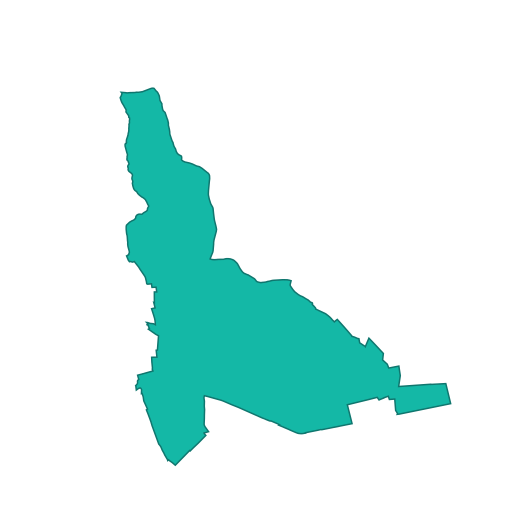 outline of Reci, Covasna, Romania, rotated 165°
{"feature_id": "2599482B11784451880113", "entity_name": "Reci", "entity_type": "district", "adm_level": 2, "iso_a3": "ROU", "parent_name": "Romania", "parent_adm1": "Covasna", "projection": "orthographic", "projection_center": [25.948, 45.804], "detail": "fine", "context": "isolated", "style": "filled", "palette": "teal", "viewbox_px": 512, "rotation_deg": 165, "n_neighbors": 0, "source": "geoboundaries", "source_scale": "gbopen_adm2", "svg_char_len": 6054}
<svg xmlns="http://www.w3.org/2000/svg" viewBox="0 0 512 512"><g transform="rotate(165 256 256)"><path d="M346.1,444.3L346.2,443.7L346.1,441.0L345.8,438.8L344.8,435.4L344.5,434.0L343.6,430.8L344.3,428.8L342.7,424.4L343.0,422.9L342.4,422.1L342.8,420.4L343.2,419.6L343.5,418.5L343.8,417.2L344.6,416.2L344.9,414.8L345.4,413.3L345.8,412.3L346.1,411.0L346.8,409.1L347.7,407.5L348.3,406.0L348.8,405.3L349.3,404.4L350.9,402.0L351.6,400.3L351.6,399.3L352.3,398.3L352.9,398.5L353.4,397.9L353.7,397.4L354.0,395.8L354.0,394.6L354.0,391.0L354.0,389.6L353.9,387.3L354.2,386.5L354.8,385.4L355.1,384.2L355.6,383.1L355.7,382.4L355.7,382.1L355.5,381.6L355.1,380.9L354.9,380.5L355.0,379.4L354.9,378.9L354.8,378.3L354.9,377.7L355.1,377.5L356.0,376.8L356.4,376.3L356.7,375.7L356.8,375.1L356.6,374.1L356.7,373.7L357.1,372.9L357.2,372.0L357.1,371.4L356.8,370.6L356.6,370.3L355.3,368.6L354.8,367.9L354.4,366.8L354.4,366.2L354.5,365.7L355.3,364.2L355.7,363.3L355.8,362.8L355.9,362.4L355.7,361.0L355.8,359.5L356.6,358.3L356.8,355.6L356.7,352.6L356.1,350.9L355.5,350.1L354.6,349.0L354.0,346.9L352.9,345.0L351.0,342.5L349.8,341.4L348.3,339.2L347.9,337.6L347.5,336.1L347.3,334.4L346.7,332.1L347.0,331.5L348.0,330.6L348.5,329.9L349.2,328.3L350.2,327.7L353.4,326.8L355.3,325.9L355.7,325.9L357.0,326.4L358.1,326.7L358.9,326.7L359.7,326.6L360.4,326.4L361.5,325.6L362.0,324.9L362.4,323.9L362.7,323.5L364.1,322.7L365.0,322.3L366.7,322.1L369.3,321.4L372.4,319.7L373.1,319.3L373.4,318.8L373.8,317.9L374.5,315.3L375.1,311.7L375.2,310.6L375.2,309.1L375.4,307.7L376.1,304.2L376.3,302.7L376.5,301.7L376.8,301.0L376.9,300.4L377.2,298.3L377.2,293.4L377.4,292.2L378.2,291.1L378.7,290.2L379.0,290.1L379.4,290.1L380.4,289.7L381.0,289.6L380.4,284.9L379.7,283.2L378.5,283.1L378.1,282.9L377.5,282.4L376.6,282.0L375.0,282.2L372.1,275.5L371.6,273.6L369.8,268.5L368.6,265.0L368.4,263.6L368.5,259.4L368.7,257.8L368.7,257.5L368.4,257.1L367.8,256.8L364.2,256.2L364.6,252.6L360.6,251.7L361.2,247.0L363.5,247.6L364.9,242.4L365.9,238.5L366.3,236.9L366.8,237.4L366.9,232.0L370.5,232.1L370.2,225.9L370.1,222.3L370.2,220.2L370.6,217.5L371.0,215.7L371.7,216.4L372.8,217.2L375.7,218.3L378.0,219.8L378.8,220.1L378.0,218.7L378.9,218.1L379.1,217.9L379.0,217.6L378.4,217.2L378.2,217.3L377.9,217.1L378.1,215.7L378.0,215.0L377.8,214.2L377.7,213.6L378.9,213.2L373.0,206.2L370.8,204.2L374.5,193.7L375.6,190.6L376.8,190.8L377.9,183.9L383.0,185.2L384.0,180.6L385.0,174.6L385.5,173.5L385.3,171.6L401.2,171.5L401.2,167.1L401.6,167.0L402.6,166.3L402.9,165.7L403.1,164.6L403.3,164.0L403.8,163.2L404.3,162.8L405.8,161.9L405.7,161.6L406.3,157.5L404.0,158.4L402.2,158.6L401.9,158.5L401.5,158.0L401.3,157.5L401.2,156.9L401.1,156.6L401.3,155.9L402.3,152.7L401.6,152.7L401.4,149.2L401.9,145.1L400.4,136.2L401.7,135.8L401.2,131.8L400.7,126.7L400.4,123.1L400.3,119.0L399.0,104.2L398.6,99.5L398.4,99.1L398.3,98.9L397.7,97.6L397.2,95.8L396.8,92.7L395.9,89.1L395.7,87.6L394.4,82.9L394.2,82.2L394.2,81.3L393.2,81.8L392.7,80.9L392.3,80.4L390.5,78.3L388.1,74.8L370.4,85.3L370.2,84.9L370.1,84.7L365.9,87.1L360.2,90.2L350.9,95.7L351.9,97.6L352.0,98.0L352.0,98.5L347.3,98.6L349.5,104.5L349.7,105.7L349.7,106.8L349.5,107.5L348.0,112.2L347.0,115.8L345.4,121.0L345.1,122.8L344.8,124.4L343.4,129.1L343.3,129.9L343.0,132.5L342.0,134.4L339.4,133.0L327.2,125.8L325.3,124.5L318.0,118.7L312.1,114.3L292.2,98.2L285.7,93.3L285.3,93.1L284.7,92.8L284.2,92.8L278.6,88.4L277.0,87.0L277.8,86.7L268.7,79.6L268.3,79.2L263.1,75.1L261.7,74.1L260.8,73.6L258.4,72.7L256.9,72.4L253.9,72.1L253.9,72.5L241.5,71.7L238.5,71.6L237.4,71.2L206.6,69.2L206.3,88.7L184.2,88.2L175.5,88.1L174.4,85.1L174.1,85.2L169.0,85.8L168.8,85.9L168.8,86.0L164.5,86.3L164.3,82.9L159.0,81.9L161.1,70.6L160.6,69.2L160.2,67.7L160.3,66.7L160.5,66.5L158.4,66.2L106.2,63.0L105.7,83.6L120.4,86.7L120.4,86.9L152.0,93.0L147.6,103.1L146.9,109.4L146.5,112.7L156.7,113.4L156.8,113.5L157.2,117.5L160.6,122.8L158.2,128.9L163.7,139.2L168.2,147.4L173.9,140.1L174.1,140.6L175.4,142.0L178.3,145.3L178.0,149.5L179.3,150.1L181.9,152.2L183.7,153.3L184.2,153.5L184.2,154.2L189.3,164.7L193.9,173.7L194.9,173.3L197.4,172.1L197.9,173.1L198.7,174.3L199.4,175.9L200.4,177.7L201.7,179.6L203.6,182.1L212.1,189.3L211.9,189.8L211.9,190.0L212.1,190.7L213.3,193.1L214.2,194.6L213.7,195.5L213.7,195.9L213.9,196.4L214.3,196.7L215.3,197.2L215.8,198.2L217.1,200.1L218.5,201.4L221.4,204.5L223.6,206.2L225.3,208.0L227.9,211.5L229.1,214.1L230.2,217.2L230.6,218.5L230.4,219.6L228.5,223.0L230.1,224.0L232.0,224.9L236.1,226.1L245.4,228.0L246.8,228.2L249.8,228.2L251.1,228.4L253.0,228.3L254.7,228.5L256.9,228.9L258.2,229.0L260.2,230.0L261.5,230.8L262.1,231.5L262.7,233.0L263.3,234.3L264.0,235.1L268.5,239.8L269.5,240.4L272.0,242.4L273.1,243.9L273.5,244.8L274.7,248.1L275.9,253.2L276.4,254.3L277.8,256.6L278.6,257.7L279.5,258.5L281.5,259.8L283.5,260.6L284.9,261.0L286.5,261.2L288.2,261.2L293.4,262.5L295.2,262.8L296.8,263.1L298.7,263.7L300.4,264.5L301.1,265.0L300.3,266.2L296.9,270.7L296.1,272.2L293.8,278.6L293.5,279.8L293.1,280.8L292.4,282.4L288.0,290.1L287.2,292.0L287.0,295.1L286.9,301.0L286.7,303.0L286.0,308.0L285.2,312.9L285.2,314.2L286.2,318.1L286.4,322.4L286.4,323.7L286.2,327.2L285.9,328.5L285.0,331.4L281.7,340.3L280.8,342.5L280.1,345.5L280.2,346.9L280.7,348.3L281.4,349.1L285.3,354.5L287.5,356.9L290.2,358.4L293.6,361.3L296.3,363.1L300.5,365.3L300.9,365.7L301.7,366.3L302.4,367.2L302.8,367.7L303.0,368.1L303.0,368.4L302.8,368.9L302.4,369.8L302.2,370.9L302.2,371.7L302.6,372.3L303.6,373.1L304.3,373.8L304.9,374.6L305.3,375.3L305.7,376.4L306.0,378.1L306.0,380.1L306.8,383.1L306.9,385.8L306.8,386.9L307.3,389.2L307.6,394.4L307.7,396.0L307.2,398.3L306.9,400.8L306.8,405.0L306.2,407.1L306.1,410.3L306.3,411.8L306.5,415.5L306.7,418.2L308.0,420.3L308.1,420.8L308.2,422.1L307.9,425.7L307.5,427.4L308.5,431.1L308.1,434.5L308.0,435.5L308.1,436.5L308.6,439.1L309.1,440.3L309.7,441.1L311.1,444.3L311.4,444.5L312.9,445.0L314.3,445.0L323.1,444.1L326.9,444.5L329.0,445.1L330.9,445.3L335.4,446.4L338.3,446.9L339.9,447.6L343.8,449.0L343.3,447.8L344.2,446.4L345.2,445.0L346.1,444.3Z" fill="#14b8a6" stroke="#0f766e" stroke-width="1.5"/></g></svg>